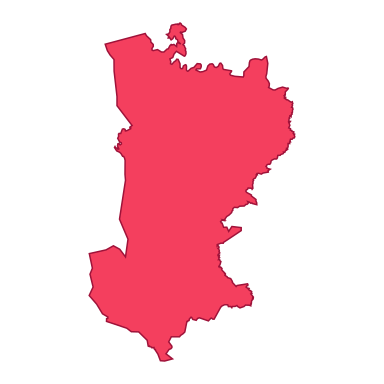 outline of General Heliodoro Castillo, Guerrero, Mexico
{"feature_id": "50627088B85707069751061", "entity_name": "General Heliodoro Castillo", "entity_type": "district", "adm_level": 2, "iso_a3": "MEX", "parent_name": "Mexico", "parent_adm1": "Guerrero", "projection": "orthographic", "projection_center": [-99.963, 17.72], "detail": "fine", "context": "isolated", "style": "filled", "palette": "rose", "viewbox_px": 384, "rotation_deg": 0, "n_neighbors": 0, "source": "geoboundaries", "source_scale": "gbopen_adm2", "svg_char_len": 5952}
<svg xmlns="http://www.w3.org/2000/svg" viewBox="0 0 384 384"><path d="M145.2,33.5L105.2,44.2L107.4,50.7L110.1,55.0L114.0,59.5L114.1,71.2L117.0,96.6L117.0,105.7L132.1,125.5L129.9,127.1L129.9,127.6L130.7,127.7L130.7,128.7L126.8,130.7L125.4,130.9L125.1,129.4L123.8,128.8L122.4,129.1L120.7,133.5L119.1,133.4L118.5,134.1L118.6,136.4L117.7,138.3L119.6,141.9L121.3,142.7L121.4,144.0L120.1,144.9L119.3,144.3L119.1,143.4L117.9,143.8L117.5,146.0L118.8,148.9L118.0,149.2L117.2,148.0L115.7,148.0L115.0,146.6L114.5,147.5L116.7,150.9L119.7,152.3L121.1,153.7L122.6,156.3L123.6,156.4L124.5,158.0L125.1,160.3L125.0,174.4L125.5,180.3L119.5,219.2L128.0,239.2L125.5,256.9L119.7,249.2L113.4,245.8L106.0,249.9L89.3,253.6L92.4,268.2L90.0,274.2L93.1,287.0L89.2,295.5L96.7,304.2L102.5,313.8L107.9,317.0L107.8,318.3L106.6,318.6L106.5,321.4L126.8,328.2L131.3,331.7L138.7,331.9L147.2,340.3L148.2,346.1L149.2,346.5L149.6,346.1L150.1,346.7L151.7,347.2L151.9,347.8L154.0,347.5L154.1,348.7L155.0,349.7L155.3,349.5L156.0,349.6L155.1,349.8L157.9,354.1L160.4,360.7L164.7,361.0L172.5,358.9L166.0,353.8L169.1,349.4L170.8,348.8L171.9,347.6L171.9,346.2L168.7,341.9L171.3,336.8L179.5,336.8L180.6,335.4L183.1,333.7L184.8,332.0L186.9,321.5L187.7,321.5L188.1,320.7L189.1,320.5L189.3,319.1L191.0,317.2L191.6,317.4L192.8,319.4L196.2,320.3L197.6,318.4L199.4,317.8L208.4,320.9L210.9,318.2L211.5,318.1L212.7,319.1L214.1,319.2L220.7,307.2L222.2,305.8L224.7,304.7L227.7,304.8L228.4,306.6L230.6,306.5L231.8,307.7L232.3,306.5L235.2,306.4L236.9,305.5L237.5,306.4L240.0,307.9L244.0,306.5L245.5,305.1L249.2,305.2L250.8,305.8L250.9,302.8L251.0,303.9L251.3,303.9L251.6,300.6L252.4,299.9L252.6,298.0L253.2,298.5L253.4,297.1L250.9,293.9L251.9,293.5L251.4,292.5L251.7,291.7L250.5,290.6L249.6,290.5L248.6,289.4L249.2,288.6L248.8,288.2L247.9,288.5L246.1,287.1L246.7,285.9L247.8,285.6L247.9,284.3L247.5,283.8L237.0,285.5L236.1,286.5L232.3,282.3L232.4,281.5L230.7,278.6L227.5,277.6L227.1,276.7L225.0,275.4L225.4,274.6L224.7,273.6L225.1,273.4L222.2,270.4L221.7,269.3L222.0,268.5L220.9,267.3L220.2,267.5L219.9,266.6L218.9,266.8L218.8,266.5L220.1,264.4L220.9,261.5L219.8,260.6L219.6,259.5L218.5,259.6L219.0,258.6L218.7,257.7L219.5,257.3L218.3,256.0L219.3,255.8L219.5,255.2L218.2,255.0L218.1,254.5L219.8,252.9L219.0,251.8L219.4,251.0L218.9,249.4L217.9,248.3L219.0,247.8L218.9,246.7L217.9,245.4L217.2,246.0L217.2,244.6L220.8,243.2L223.3,243.2L223.5,242.4L241.2,230.6L241.2,227.6L231.9,226.5L228.7,231.4L226.8,227.2L223.6,227.3L222.1,223.1L221.3,222.9L220.6,221.5L222.4,220.2L223.4,220.4L222.6,219.7L225.1,220.0L224.7,219.4L226.7,216.5L229.0,215.1L231.6,212.6L232.1,210.9L232.8,210.4L232.8,208.7L234.3,207.3L237.6,207.6L239.6,206.2L244.3,206.0L245.9,204.4L246.9,204.4L247.7,203.8L248.4,202.9L247.7,201.6L249.3,202.1L250.7,203.2L251.9,203.0L252.3,203.5L256.8,204.7L256.7,202.7L255.9,200.9L256.0,199.5L251.4,196.0L251.4,195.0L246.6,192.4L245.8,191.1L246.4,189.8L247.5,189.4L248.1,188.0L251.6,188.3L252.1,189.3L252.9,188.3L252.5,184.7L253.1,183.1L252.9,181.6L253.6,180.4L253.1,179.7L254.0,178.6L255.3,178.1L256.4,175.9L256.2,174.7L256.9,173.9L257.2,174.2L257.1,173.5L258.7,173.3L261.3,174.1L263.2,173.0L268.3,172.1L268.1,170.6L270.2,169.2L267.0,168.3L266.9,167.3L266.0,166.5L267.0,164.8L268.3,164.2L269.8,164.3L270.8,162.9L271.0,161.1L272.1,160.0L274.8,158.8L276.0,159.1L276.8,158.8L277.4,157.9L277.8,155.4L280.2,155.3L280.8,154.5L283.1,153.7L283.7,152.7L283.5,152.1L284.8,152.3L285.7,150.3L286.4,150.3L287.4,149.4L286.5,149.2L286.5,148.3L287.5,148.2L288.1,146.7L288.1,143.5L289.7,143.6L289.6,142.1L290.5,141.9L290.0,141.0L290.5,139.2L292.1,139.3L293.2,138.0L294.3,137.9L294.8,136.7L294.2,134.9L294.5,134.4L293.9,134.4L293.9,133.5L293.3,133.4L293.8,131.9L291.9,131.3L291.8,130.5L290.4,130.2L290.5,128.7L288.7,127.9L289.9,125.3L288.7,122.3L289.7,122.4L290.4,121.4L288.8,121.2L289.0,118.9L289.7,118.4L289.3,117.4L289.9,116.9L289.9,115.7L290.5,115.6L291.1,116.4L291.3,114.7L292.2,114.0L291.7,112.9L292.4,112.4L292.5,110.0L293.0,109.2L292.5,107.5L291.6,107.3L292.5,105.5L292.1,104.5L292.8,103.7L292.3,101.8L291.7,102.2L290.3,101.7L287.7,99.9L286.4,99.7L285.7,99.1L285.7,98.1L285.1,98.6L284.4,98.3L284.4,97.3L284.9,97.1L284.2,95.8L285.0,95.7L284.8,94.7L285.3,94.6L285.3,91.9L287.8,89.3L288.3,88.4L288.0,88.0L286.7,88.3L282.6,87.1L278.1,88.4L275.1,90.0L273.1,89.9L268.6,87.5L269.2,86.2L269.4,83.7L268.3,81.2L266.1,78.3L265.9,76.4L266.7,73.8L267.8,63.4L266.4,56.5L265.2,56.9L262.5,59.5L261.4,60.0L258.5,59.1L255.2,58.8L252.6,59.2L250.6,60.1L250.0,60.7L249.4,62.5L249.0,66.6L243.9,71.9L243.8,75.8L243.2,77.0L234.8,76.3L230.5,75.2L229.7,73.9L231.5,71.5L231.5,70.8L223.5,69.4L222.9,68.6L222.5,65.4L220.8,63.1L219.7,63.4L218.2,66.4L216.2,67.5L214.4,66.9L213.2,64.5L212.2,63.8L209.8,64.1L207.9,65.9L206.5,70.1L203.0,71.6L200.1,72.0L196.0,70.1L196.1,69.4L196.7,68.9L200.4,68.8L201.2,66.8L201.2,65.0L200.4,63.9L197.2,63.6L193.9,67.4L191.1,68.3L188.1,71.1L187.4,71.2L186.4,70.0L186.5,66.1L186.0,64.9L185.3,64.7L183.4,65.9L182.6,68.5L181.1,68.7L180.1,67.6L180.0,63.7L178.1,59.4L176.7,59.2L175.6,60.9L174.3,61.6L171.9,64.3L170.5,63.7L170.8,61.7L169.9,58.9L172.8,57.5L174.0,54.1L176.4,51.3L184.3,56.2L185.1,55.8L185.7,54.6L186.0,53.6L185.9,51.3L185.4,50.7L185.6,48.4L184.9,47.6L184.4,45.9L183.0,44.7L184.6,43.0L184.7,40.6L183.0,37.9L182.5,34.5L180.3,32.7L180.5,32.1L182.0,32.4L185.2,31.2L186.4,29.0L185.2,27.4L181.6,25.0L181.0,23.6L180.0,23.0L178.9,24.5L178.2,24.6L177.9,23.9L177.2,24.4L176.2,24.1L171.8,25.1L171.0,26.1L170.7,28.7L169.9,29.4L169.9,31.9L168.6,33.9L166.6,34.4L168.9,36.5L169.1,37.0L168.4,37.3L168.2,38.0L169.7,37.8L171.1,39.9L172.8,38.7L174.3,36.1L175.0,36.3L175.7,37.4L175.7,38.7L177.5,39.7L177.9,41.6L180.8,44.0L177.7,42.6L176.8,43.5L176.6,46.5L173.9,44.4L172.7,44.9L171.4,44.5L171.3,45.0L170.6,44.9L169.9,45.7L168.3,48.8L167.0,49.1L163.9,52.0L161.5,52.0L157.5,49.6L153.3,50.6L152.2,50.3L151.9,48.6L153.3,46.3L153.2,44.4L150.9,42.1L150.6,39.6L146.5,35.8L145.2,33.5Z" fill="#f43f5e" stroke="#9f1239" stroke-width="1.5"/></svg>